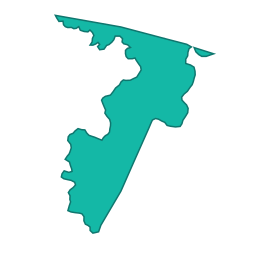 the district of Gongogi, Bahia, Brazil, rotated 94°
{"feature_id": "56859067B50275447088656", "entity_name": "Gongogi", "entity_type": "district", "adm_level": 2, "iso_a3": "BRA", "parent_name": "Brazil", "parent_adm1": "Bahia", "projection": "albers", "projection_center": [-39.593, -14.278], "detail": "fine", "context": "isolated", "style": "filled", "palette": "teal", "viewbox_px": 256, "rotation_deg": 94, "n_neighbors": 0, "source": "geoboundaries", "source_scale": "gbopen_adm2", "svg_char_len": 2221}
<svg xmlns="http://www.w3.org/2000/svg" viewBox="0 0 256 256"><g transform="rotate(94 128 128)"><path d="M233.6,150.1L226.9,148.3L195.4,132.6L191.6,130.7L161.3,119.8L127.5,107.5L122.0,105.6L118.3,104.2L116.6,101.2L117.1,98.1L118.7,94.8L119.8,91.7L122.7,89.2L123.3,85.7L123.6,80.7L122.8,76.1L120.0,74.5L116.5,73.8L112.5,71.5L108.6,69.5L104.2,69.4L100.9,71.2L98.8,73.6L96.4,76.1L93.4,76.6L90.2,74.4L87.2,71.3L83.1,68.9L80.3,67.0L77.2,66.1L73.8,65.5L70.4,64.7L66.7,65.1L62.7,66.4L60.8,70.0L59.6,74.9L55.3,75.2L51.9,73.5L48.3,73.5L44.5,72.6L42.7,70.4L40.4,75.2L36.7,95.1L27.7,142.2L20.7,208.3L23.3,206.7L26.5,204.3L26.0,200.3L29.5,199.5L31.3,197.6L32.0,195.1L31.6,191.4L32.7,189.0L32.2,186.6L30.3,184.2L33.8,182.4L34.8,178.5L34.9,174.7L32.9,172.8L35.3,170.1L38.1,168.5L41.0,169.7L44.7,169.8L47.9,171.6L47.8,168.8L46.4,166.0L44.7,163.9L46.5,162.1L48.9,164.0L51.9,161.7L51.0,157.4L47.1,155.1L46.1,152.8L43.5,150.1L40.9,148.3L37.2,147.2L36.9,142.5L39.3,139.7L42.6,139.9L44.3,138.1L45.0,134.2L47.5,131.2L48.6,134.1L50.7,135.9L54.1,135.7L56.9,134.8L58.9,132.6L58.6,128.5L57.7,125.9L59.9,124.5L63.1,122.0L65.9,119.7L69.2,118.9L71.9,120.3L76.6,122.8L78.3,125.9L80.2,129.1L80.7,133.5L80.4,136.0L82.4,138.1L85.6,139.5L89.0,143.2L92.7,145.3L96.4,147.8L98.0,152.8L99.9,155.2L102.1,156.3L105.4,154.8L109.2,152.9L111.6,151.6L114.8,152.1L117.8,149.8L120.7,146.9L124.1,145.7L127.1,145.6L130.0,146.0L133.5,146.2L135.8,147.8L137.2,150.0L139.3,151.8L142.0,153.2L140.9,156.6L139.5,160.7L138.9,163.2L138.0,166.5L135.9,168.8L132.9,170.9L132.9,174.2L132.1,177.8L134.6,180.6L137.1,182.4L138.5,185.4L140.9,187.0L144.7,187.2L148.3,184.0L151.8,183.2L155.8,184.2L158.1,185.0L160.1,186.5L163.6,188.5L166.0,184.0L169.7,182.7L172.8,181.3L175.2,180.8L176.4,183.9L175.2,188.7L178.3,190.6L181.5,191.1L183.1,188.5L183.7,184.8L184.2,181.1L185.8,177.4L188.5,176.4L191.2,178.5L193.7,181.4L196.6,183.0L199.6,181.1L203.4,181.0L205.7,180.1L209.4,181.1L214.6,182.2L215.7,179.1L216.1,175.1L216.3,170.4L216.8,168.0L219.5,165.7L223.7,165.5L226.9,163.8L228.0,161.0L229.5,158.9L232.9,158.6L235.3,155.7L234.6,153.2L233.6,150.1ZM48.0,47.7L43.2,67.6L47.3,65.6L49.8,62.6L51.4,59.4L51.1,55.0L49.5,51.3L48.0,47.7Z" fill="#14b8a6" stroke="#0f766e" stroke-width="1.5"/></g></svg>